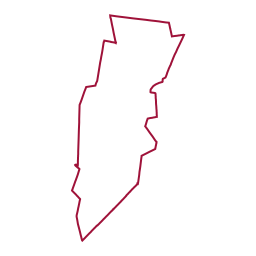 the district of Checea, Timis, Romania
{"feature_id": "2599482B82782333976905", "entity_name": "Checea", "entity_type": "district", "adm_level": 2, "iso_a3": "ROU", "parent_name": "Romania", "parent_adm1": "Timis", "projection": "orthographic", "projection_center": [20.84, 45.724], "detail": "fine", "context": "isolated", "style": "outline", "palette": "rose", "viewbox_px": 256, "rotation_deg": 0, "n_neighbors": 0, "source": "geoboundaries", "source_scale": "gbopen_adm2", "svg_char_len": 5537}
<svg xmlns="http://www.w3.org/2000/svg" viewBox="0 0 256 256"><path d="M137.6,184.3L137.4,183.6L137.4,183.3L138.0,183.2L138.1,182.7L138.6,179.2L139.2,175.0L139.5,171.8L140.0,168.6L140.3,166.5L141.2,159.1L141.6,156.2L141.6,155.8L146.6,153.3L149.5,151.8L152.2,150.5L155.2,149.0L155.3,148.5L155.4,148.2L155.4,147.8L155.5,147.5L155.6,147.1L155.7,146.5L155.8,145.8L155.9,145.5L156.0,145.2L156.1,144.7L156.1,144.3L156.2,143.9L156.3,143.5L156.4,143.3L156.5,142.9L156.5,142.5L156.4,142.4L156.5,141.8L156.4,141.7L156.1,141.5L155.7,141.0L155.2,140.4L154.4,139.2L152.8,136.8L149.7,132.6L148.8,131.3L147.3,129.1L145.2,126.3L145.6,125.2L146.1,123.6L146.6,121.8L147.0,120.5L147.2,120.0L147.7,118.6L150.4,118.0L152.1,117.8L153.4,117.5L155.2,117.2L156.3,116.9L156.8,116.9L156.8,116.7L156.8,116.2L156.8,115.8L156.8,115.1L156.7,114.6L156.7,113.4L156.7,112.5L156.6,111.7L156.6,110.6L156.5,109.9L156.5,109.3L156.4,108.9L156.4,108.4L156.4,107.6L156.3,107.3L156.3,107.0L156.3,106.7L156.3,106.4L156.2,105.4L156.1,104.5L156.0,102.7L156.0,101.5L156.0,101.0L155.9,100.2L155.9,99.9L155.9,99.4L155.8,98.8L155.7,98.0L155.7,97.1L155.7,96.4L155.6,95.7L155.6,94.9L155.6,94.6L155.5,94.0L155.5,93.6L155.4,93.3L155.2,93.1L154.3,92.9L154.0,92.8L153.7,92.8L152.0,92.6L151.2,92.5L150.9,92.4L150.6,92.3L150.5,92.2L150.5,91.4L150.5,91.0L150.6,90.1L150.6,89.9L150.7,89.5L151.0,89.0L151.5,88.4L152.4,87.2L152.9,86.5L153.1,86.3L153.3,86.1L154.1,85.5L154.2,85.4L154.7,85.2L155.2,84.7L156.0,84.3L156.6,84.0L157.5,83.6L158.2,83.3L159.0,82.9L160.8,82.4L161.4,82.2L162.0,82.1L162.3,82.0L162.5,81.8L162.6,81.6L162.6,80.5L162.7,79.7L162.7,79.3L162.8,79.0L162.9,78.8L164.6,78.0L165.5,77.5L166.0,76.3L166.2,75.8L166.3,75.6L166.4,75.4L166.5,75.0L166.9,73.9L167.0,73.7L167.1,73.2L167.2,72.8L167.3,72.5L167.5,72.1L167.8,71.3L167.9,71.0L168.5,69.6L168.8,68.6L169.5,67.2L170.1,65.8L170.3,65.5L170.4,65.3L170.8,64.6L170.9,64.0L171.1,63.5L171.5,62.4L171.9,61.5L172.5,59.9L172.9,58.9L173.5,57.4L174.0,56.2L174.2,55.8L174.5,55.0L175.3,53.4L176.0,52.1L176.6,50.7L177.1,49.5L177.7,48.2L178.8,46.0L182.3,38.7L182.5,38.3L182.9,37.3L184.0,34.9L183.6,34.8L183.3,34.8L181.5,35.1L180.5,35.2L179.7,35.4L178.9,35.4L178.5,35.5L177.3,35.7L176.7,35.8L174.7,36.0L171.9,36.4L171.8,35.7L171.7,35.4L171.4,34.0L171.1,32.6L170.6,30.3L170.4,29.6L170.3,28.7L170.1,28.3L169.6,25.7L168.9,22.7L165.6,22.4L161.4,21.8L158.9,21.4L156.3,21.1L155.6,21.0L150.9,20.5L145.7,19.8L137.6,18.9L132.4,18.3L126.2,17.5L116.4,16.3L110.2,15.4L110.3,16.2L110.3,17.0L110.6,18.2L110.9,18.9L112.0,24.7L112.9,28.8L113.6,32.6L115.3,40.7L115.5,41.5L115.6,41.8L116.0,42.4L115.8,43.1L115.5,42.9L114.2,42.5L113.5,42.4L113.3,42.3L112.4,42.2L111.6,42.1L111.1,41.9L110.6,41.9L110.4,41.7L104.3,40.6L104.0,41.9L103.7,42.1L102.4,50.6L101.9,53.5L101.3,56.5L100.8,59.5L100.2,62.4L99.2,68.6L98.7,71.7L98.2,74.8L97.2,80.9L96.0,83.4L95.4,85.6L86.2,87.0L85.3,89.4L84.4,91.6L81.6,99.7L80.6,102.4L79.6,104.9L79.3,115.3L79.2,118.9L79.2,122.4L78.9,129.6L78.7,136.3L78.6,139.5L78.5,142.5L78.2,151.4L78.2,154.4L78.1,155.2L78.1,156.4L78.0,157.4L78.0,158.1L78.0,159.0L77.9,160.5L77.9,161.1L77.9,162.9L77.9,163.9L77.8,165.4L77.5,165.3L77.3,165.1L77.1,164.9L76.9,164.7L76.5,164.6L75.9,164.6L75.6,164.7L75.3,164.8L75.1,165.0L75.4,165.5L75.5,165.6L76.0,166.1L76.5,166.5L77.1,167.0L77.5,167.4L78.6,168.2L79.4,168.9L79.4,169.4L79.1,170.2L77.9,174.2L77.7,174.8L76.9,177.1L76.3,178.7L75.9,179.9L75.8,180.1L75.2,181.6L74.8,182.8L74.5,183.6L74.1,184.8L73.8,185.6L72.7,188.6L72.6,189.1L72.3,189.7L72.0,190.5L72.2,190.8L73.1,191.7L74.5,193.1L75.8,194.4L76.1,194.7L77.0,195.8L77.8,196.5L78.6,197.5L79.5,198.4L80.1,199.0L80.1,199.4L79.9,200.0L79.8,200.5L79.6,201.4L79.5,201.8L79.3,203.0L79.0,204.4L78.5,206.9L78.3,207.6L77.9,209.7L77.7,210.8L77.1,213.4L76.7,215.0L76.6,216.0L76.6,216.5L76.7,217.2L77.0,218.6L77.3,220.2L77.5,221.4L77.9,223.9L78.9,227.7L80.1,232.4L80.6,234.6L81.3,237.2L81.4,237.8L81.7,238.9L82.1,240.4L82.3,240.6L84.1,238.8L84.9,238.0L86.1,236.7L86.9,235.9L89.4,233.3L90.6,232.2L91.4,231.3L91.5,231.1L91.8,230.8L92.0,230.6L92.3,230.3L92.5,230.1L92.9,229.7L93.8,228.8L94.1,228.4L94.5,228.1L95.6,227.0L95.8,226.7L96.1,226.4L96.4,226.2L96.5,226.0L96.7,225.8L96.9,225.7L97.2,225.4L97.5,225.4L97.9,224.9L98.1,224.8L98.3,224.6L98.5,224.3L98.8,224.1L99.3,223.6L99.6,223.2L99.9,223.0L100.1,222.7L100.3,222.5L100.8,222.1L101.7,221.1L101.9,220.9L102.1,220.8L102.8,220.0L103.3,219.4L103.7,219.1L103.8,218.9L104.3,218.5L104.5,218.3L104.7,218.0L105.1,217.7L105.4,217.4L105.5,217.2L106.0,216.7L106.3,216.4L106.6,216.1L106.8,215.9L107.5,215.3L107.7,215.0L108.0,214.7L108.3,214.4L108.5,214.2L109.5,213.1L109.9,212.7L110.2,212.4L110.5,212.1L110.8,211.8L111.2,211.3L111.3,211.3L112.0,210.7L112.3,210.4L112.4,210.2L112.5,210.0L112.8,209.9L113.2,209.4L113.4,209.3L113.4,209.1L113.5,209.1L113.7,208.9L114.6,207.9L115.0,207.6L115.5,207.1L116.2,206.3L116.5,206.0L117.2,205.3L117.8,204.7L118.3,204.2L119.6,202.8L120.0,202.5L120.4,202.0L120.7,201.8L120.8,201.5L121.1,201.3L121.3,201.0L121.6,200.8L121.8,200.4L122.2,200.1L122.4,199.9L122.5,199.8L122.6,199.7L122.8,199.5L123.1,199.2L124.2,198.0L126.2,195.9L126.2,195.6L126.3,195.5L126.8,195.0L126.9,194.9L127.0,194.7L127.7,194.1L128.0,193.8L128.2,193.6L128.3,193.4L129.0,192.6L129.3,192.4L129.6,192.1L129.8,191.9L130.2,191.4L130.3,191.4L130.4,191.2L130.7,190.9L131.0,190.6L131.7,189.8L131.9,189.5L132.0,189.4L132.3,189.2L132.7,188.8L133.3,188.2L133.5,188.0L133.8,187.7L134.3,187.1L134.6,186.9L134.8,186.7L135.2,186.4L135.4,186.1L136.0,185.6L136.7,184.7L136.9,184.6L137.2,184.4L137.6,184.3Z" fill="none" stroke="#9f1239" stroke-width="2"/></svg>